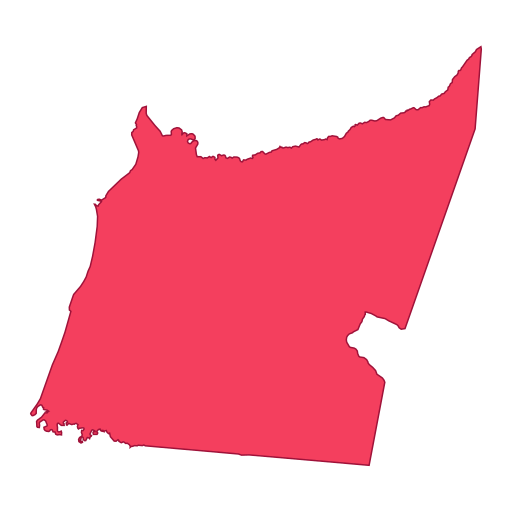 the district of Kowanyama, Queensland, Australia
{"feature_id": "25037944B1656499074776", "entity_name": "Kowanyama", "entity_type": "district", "adm_level": 2, "iso_a3": "AUS", "parent_name": "Australia", "parent_adm1": "Queensland", "projection": "mercator", "projection_center": [141.794, -15.277], "detail": "fine", "context": "isolated", "style": "filled", "palette": "rose", "viewbox_px": 512, "rotation_deg": 0, "n_neighbors": 0, "source": "geoboundaries", "source_scale": "gbopen_adm2", "svg_char_len": 5938}
<svg xmlns="http://www.w3.org/2000/svg" viewBox="0 0 512 512"><path d="M405.0,328.6L475.1,128.9L481.3,49.2L480.9,46.7L476.5,49.5L475.4,51.7L472.1,54.5L471.9,55.6L470.9,56.8L470.1,57.1L469.0,58.2L468.8,59.0L467.1,60.2L462.4,67.0L461.5,67.9L460.7,70.0L460.1,70.5L458.9,70.5L458.3,71.2L458.1,73.2L456.9,75.1L454.7,76.7L452.5,79.5L452.2,82.5L450.5,83.7L449.3,86.4L448.2,87.2L447.8,89.9L445.3,91.8L444.2,93.4L441.6,94.1L440.2,95.9L438.7,96.2L437.0,97.6L434.4,99.0L433.4,100.1L430.8,100.0L429.3,101.7L429.7,104.2L429.2,105.6L425.7,106.9L424.0,106.8L422.0,107.7L420.6,107.6L418.0,109.8L416.2,109.7L414.1,107.8L413.3,107.7L410.2,109.2L409.5,109.2L408.3,110.3L407.7,110.5L407.2,110.1L406.6,111.1L405.7,111.1L405.1,112.2L403.9,112.8L400.7,113.1L398.3,115.2L396.1,115.8L394.4,117.9L390.6,119.9L385.5,119.5L383.8,117.6L383.1,117.4L380.8,118.1L376.8,120.7L374.8,121.0L371.7,120.2L370.2,120.2L368.7,121.5L366.5,122.6L364.7,122.3L362.4,123.8L360.4,123.0L359.1,123.2L357.3,125.1L355.5,124.5L355.1,124.8L355.1,125.9L354.2,126.7L353.3,126.2L351.2,127.5L350.1,129.5L348.3,131.2L348.2,131.8L346.3,133.3L344.5,136.5L342.3,138.4L339.3,138.9L337.8,137.8L337.7,137.1L336.6,136.5L332.2,135.8L330.4,136.4L328.7,136.4L327.6,137.7L327.1,139.6L325.7,139.0L324.6,139.6L321.5,140.1L319.9,139.0L317.9,139.9L317.4,139.0L316.6,138.8L315.9,139.3L313.2,140.0L310.5,141.8L309.1,142.0L307.7,143.5L307.0,143.5L306.0,142.8L304.6,142.6L303.0,143.9L301.9,143.9L300.9,144.5L299.0,147.0L295.5,146.1L292.7,146.7L291.4,148.1L289.9,147.2L287.8,147.6L286.0,147.1L283.3,148.0L282.2,147.8L281.8,147.1L280.7,147.3L280.0,146.5L279.3,147.8L276.7,149.4L272.0,150.8L271.2,152.1L269.4,152.4L265.8,154.2L264.8,153.8L262.6,151.5L261.1,151.6L260.0,152.9L257.6,153.3L255.4,154.8L252.6,155.3L252.4,156.3L253.0,157.3L252.6,158.3L252.2,158.5L250.8,158.0L247.3,159.2L245.9,160.1L243.5,159.9L242.5,161.8L241.3,161.8L240.2,160.7L239.5,158.5L238.6,157.7L237.0,157.1L233.8,157.0L232.2,158.1L231.0,157.3L229.6,157.0L227.5,158.4L225.9,157.8L225.4,156.0L224.7,155.2L223.6,155.0L221.5,155.7L219.3,154.4L218.4,154.6L217.7,155.3L218.0,157.9L215.8,160.3L215.0,159.4L214.9,157.4L213.5,156.5L212.8,156.4L211.1,157.6L209.4,156.5L207.3,157.9L204.8,157.7L203.1,158.5L200.9,156.7L197.2,156.7L196.4,154.6L195.5,148.0L197.8,144.1L197.9,142.8L197.4,141.4L196.4,140.6L194.1,140.6L192.4,141.6L190.7,143.6L189.6,143.7L188.3,143.1L187.5,141.7L187.8,140.1L189.1,139.0L190.7,138.9L193.3,139.9L194.6,139.4L195.1,138.6L195.1,136.8L194.9,136.0L193.2,134.2L192.0,133.7L189.9,133.9L186.8,135.9L186.8,133.7L184.7,132.7L183.7,132.9L182.0,134.7L181.8,134.0L182.2,131.9L181.6,129.9L179.1,128.0L176.9,127.7L173.7,128.7L171.7,130.4L171.2,131.4L171.4,134.4L170.7,135.3L166.0,135.4L163.6,136.0L162.4,135.8L160.1,131.2L155.0,125.6L146.8,115.4L146.2,113.3L146.3,106.4L142.3,107.6L139.3,112.5L137.2,118.9L135.4,122.9L136.5,124.6L136.2,125.4L136.7,126.6L136.6,128.0L133.6,129.8L133.2,131.4L131.8,132.5L131.7,134.9L138.5,150.8L138.7,152.5L138.0,156.9L135.8,164.3L132.1,169.6L130.5,170.7L129.7,172.7L121.3,179.1L108.5,191.4L105.9,195.7L105.7,197.5L101.6,200.1L99.2,199.2L97.6,199.5L97.3,200.0L97.7,200.4L101.2,201.2L101.5,201.6L98.6,204.8L98.1,206.1L96.5,205.7L95.3,204.3L94.4,204.2L95.7,206.8L96.4,209.3L97.6,216.4L97.2,226.5L95.1,242.6L92.6,256.3L90.2,266.5L88.1,271.1L86.2,277.0L83.7,281.6L80.5,286.5L73.7,294.4L73.3,295.4L69.3,307.1L69.4,310.0L70.9,311.3L65.0,332.2L61.6,342.1L58.2,351.6L52.4,364.8L40.4,398.7L37.2,404.1L31.0,412.8L30.7,413.8L31.9,415.5L32.8,415.7L34.9,414.7L36.2,413.4L36.3,409.3L36.9,407.6L38.1,406.3L40.6,404.8L41.8,405.2L42.8,407.3L43.6,407.6L43.4,409.0L43.8,409.5L47.1,410.1L48.5,411.1L47.0,411.5L48.0,411.8L47.0,412.9L45.0,412.8L41.6,417.1L37.5,420.1L36.6,421.4L36.9,426.6L37.5,427.3L39.3,427.5L39.6,425.5L39.3,422.9L39.8,422.1L43.0,420.0L44.0,419.8L45.6,420.9L47.3,425.1L46.9,426.0L43.9,427.3L44.2,429.4L45.1,430.5L46.5,431.2L48.8,431.5L49.7,430.9L50.4,429.8L51.4,429.6L52.2,429.9L53.1,431.9L55.0,432.0L55.7,434.2L57.2,434.9L59.7,434.6L61.5,434.9L61.6,432.4L61.2,431.1L59.7,431.8L58.4,431.9L57.4,430.9L57.5,427.4L57.1,424.9L57.5,423.4L58.6,423.2L61.3,425.4L64.1,425.4L63.9,424.8L64.2,424.0L63.4,423.3L63.3,422.5L63.5,421.9L65.4,420.3L66.6,420.6L67.4,421.5L67.3,422.3L66.2,423.0L66.5,424.9L67.0,425.2L68.7,423.4L71.8,424.6L73.6,424.0L74.4,424.2L75.0,423.6L76.2,423.4L78.0,424.6L77.4,426.6L77.9,428.4L78.6,429.0L79.2,428.3L83.0,427.8L83.9,428.2L84.1,429.1L83.0,430.6L81.7,430.4L81.4,432.4L82.2,434.5L82.1,435.4L81.8,436.2L79.6,437.5L78.6,439.4L78.9,441.6L81.0,443.0L82.5,442.3L82.3,441.3L80.4,441.2L80.2,440.4L80.9,439.2L81.2,437.2L81.8,436.8L83.1,437.5L83.3,439.6L84.7,440.7L85.7,440.6L87.3,437.5L88.8,437.8L89.6,438.6L90.0,437.2L91.3,436.1L91.5,435.6L90.2,434.9L90.0,433.9L91.7,430.3L92.6,429.8L94.9,430.9L95.1,431.6L93.4,431.8L93.0,432.7L93.4,434.4L97.0,434.4L97.7,433.2L97.6,432.6L96.8,431.8L97.1,431.0L98.5,429.5L99.9,429.1L100.3,429.2L100.5,430.5L101.7,431.1L101.9,430.7L102.6,431.3L103.1,431.3L103.2,430.7L104.1,431.7L104.4,431.0L106.3,430.5L107.0,432.2L108.4,433.5L108.7,433.7L109.6,433.2L110.4,436.7L114.2,441.1L116.1,441.2L118.0,439.7L118.8,440.4L118.9,441.3L121.0,442.6L121.5,442.7L123.2,441.8L124.2,442.2L125.6,443.4L127.4,443.3L129.4,444.7L130.3,446.3L130.2,447.3L131.3,446.4L132.7,446.3L134.4,445.6L137.3,445.8L138.2,445.2L142.3,445.6L143.8,445.0L145.3,445.8L238.5,454.0L241.5,455.1L249.1,454.9L369.1,465.3L384.8,382.3L384.0,380.2L382.4,378.0L376.9,374.2L375.6,370.6L372.7,367.4L369.3,364.6L368.1,363.0L367.9,361.9L366.6,359.6L363.9,357.6L359.8,357.0L358.9,356.4L357.7,353.7L357.3,351.0L355.9,349.1L354.2,348.1L350.5,347.4L349.4,346.8L346.7,342.2L346.3,339.8L346.7,337.2L347.6,335.6L349.3,333.9L352.6,332.7L353.3,331.9L357.9,329.6L360.2,323.9L361.9,321.7L362.5,319.1L364.3,316.6L364.7,315.0L365.3,314.4L365.2,312.1L366.1,312.0L371.3,313.5L375.6,315.8L377.1,316.9L385.1,318.6L388.9,320.9L396.6,324.5L397.8,325.4L399.2,327.8L401.2,329.2L405.0,328.6Z" fill="#f43f5e" stroke="#9f1239" stroke-width="1.5"/></svg>